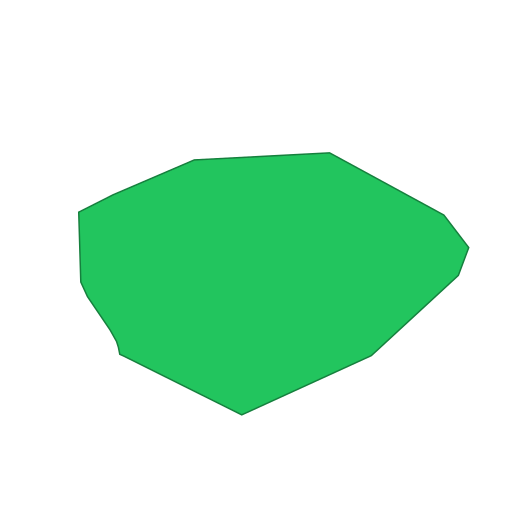 Dalanzadgad, Ömnögovi, Mongolia, rotated 228°
{"feature_id": "93677404B10446794731607", "entity_name": "Dalanzadgad", "entity_type": "district", "adm_level": 2, "iso_a3": "MNG", "parent_name": "Mongolia", "parent_adm1": "Ömnögovi", "projection": "albers", "projection_center": [104.434, 43.574], "detail": "fine", "context": "isolated", "style": "filled", "palette": "green", "viewbox_px": 512, "rotation_deg": 228, "n_neighbors": 0, "source": "geoboundaries", "source_scale": "gbopen_adm2", "svg_char_len": 382}
<svg xmlns="http://www.w3.org/2000/svg" viewBox="0 0 512 512"><g transform="rotate(228 256 256)"><path d="M283.4,379.7L309.9,347.0L368.7,274.4L397.1,190.8L407.2,153.6L353.9,108.4L338.6,103.6L298.7,98.1L285.8,95.2L280.3,92.7L274.1,89.0L270.5,90.6L147.5,139.1L104.8,275.1L106.2,393.4L119.9,419.7L160.7,423.0L283.4,379.7Z" fill="#22c55e" stroke="#15803d" stroke-width="1.5"/></g></svg>